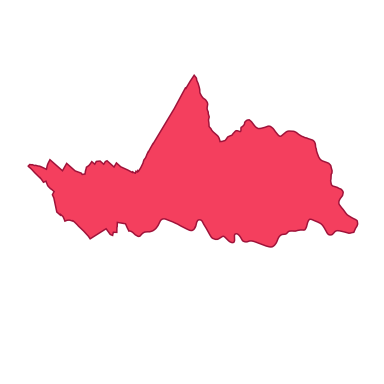 Ouder-Amstel, Noord-Holland, Netherlands, rotated 245°
{"feature_id": "6326949B48835479136340", "entity_name": "Ouder-Amstel", "entity_type": "district", "adm_level": 2, "iso_a3": "NLD", "parent_name": "Netherlands", "parent_adm1": "Noord-Holland", "projection": "robinson", "projection_center": [4.919, 52.295], "detail": "fine", "context": "isolated", "style": "filled", "palette": "rose", "viewbox_px": 384, "rotation_deg": 245, "n_neighbors": 0, "source": "geoboundaries", "source_scale": "gbopen_adm2", "svg_char_len": 6010}
<svg xmlns="http://www.w3.org/2000/svg" viewBox="0 0 384 384"><g transform="rotate(245 192 192)"><path d="M87.1,321.6L90.0,324.9L91.0,326.5L91.4,327.1L92.4,328.1L93.0,328.6L93.5,328.8L95.4,329.4L96.3,329.5L97.9,328.6L99.7,327.1L101.3,325.9L104.6,323.7L105.8,323.0L107.6,322.5L112.2,321.6L114.7,320.9L118.1,320.2L119.2,320.2L119.9,320.4L120.9,320.9L121.5,321.3L122.2,322.0L123.4,323.6L125.1,326.8L125.5,327.2L127.5,328.7L128.0,328.9L128.7,329.0L129.6,328.9L131.1,328.5L131.8,328.1L133.2,326.7L134.7,325.7L136.7,323.5L137.9,322.1L138.7,321.7L139.4,321.5L139.9,321.5L141.0,321.7L143.6,322.4L145.2,323.5L149.0,325.5L149.4,325.8L149.8,326.5L150.0,326.8L151.8,327.8L152.3,328.0L154.8,328.4L157.2,328.9L158.0,328.8L159.8,328.2L160.3,328.0L161.7,326.7L165.2,323.2L166.2,322.6L167.1,322.1L168.5,321.8L170.2,321.6L174.2,321.9L176.6,322.2L178.4,322.8L180.4,323.0L182.9,323.9L183.7,324.1L185.4,324.2L186.7,323.9L187.8,323.4L188.4,322.9L191.4,319.7L192.5,318.8L193.0,318.0L193.7,317.2L195.3,315.9L195.7,315.4L196.0,315.1L196.9,314.5L199.0,313.1L201.7,311.8L203.4,310.5L204.1,309.7L206.1,306.0L206.5,305.0L206.7,303.9L206.6,302.5L205.1,296.8L205.1,295.8L205.4,295.2L206.2,294.6L207.4,294.1L211.3,293.1L214.1,292.6L215.3,292.3L216.6,291.7L218.1,290.9L218.8,290.2L219.3,289.3L219.5,288.8L219.8,285.4L220.5,281.5L221.1,279.8L221.5,278.9L221.8,278.6L223.2,277.6L224.4,277.0L226.0,276.6L230.6,275.6L233.2,274.4L233.3,274.2L233.8,272.6L233.8,271.6L233.1,269.6L232.7,269.1L231.6,268.4L231.3,268.1L231.0,267.8L230.1,265.7L229.9,264.8L229.9,264.1L229.8,263.8L228.9,263.2L227.3,262.5L226.8,262.1L226.4,261.6L226.4,261.2L226.5,261.0L228.0,259.4L228.4,258.9L228.8,258.1L228.9,257.6L228.8,257.0L227.9,254.8L227.6,254.0L226.7,252.4L226.6,251.7L226.8,250.5L226.8,247.8L226.5,247.1L225.8,246.0L225.2,244.9L224.9,244.3L224.7,243.6L224.7,243.3L224.9,242.4L225.1,240.8L225.4,239.9L225.9,238.7L226.5,238.9L228.5,239.2L229.7,239.3L231.2,239.2L232.3,238.9L237.3,236.7L238.1,236.4L239.5,236.0L241.5,235.9L243.4,235.3L244.0,235.2L244.3,235.2L245.4,235.7L247.5,236.5L249.2,237.0L250.3,237.4L251.0,237.9L252.6,239.2L253.1,239.4L256.0,239.8L257.6,240.5L259.9,240.6L261.1,240.9L262.1,241.4L264.9,243.3L266.0,243.6L266.8,243.7L267.8,243.6L269.5,243.3L270.3,243.0L272.0,242.0L273.0,241.6L275.1,241.2L277.1,241.1L278.2,241.1L279.0,241.2L281.6,242.3L283.8,242.8L287.7,243.4L291.3,243.5L293.2,244.1L294.1,244.0L296.9,243.3L293.3,237.4L288.5,230.3L289.1,230.0L275.1,211.2L252.1,177.1L252.3,177.0L249.5,173.1L246.7,169.3L246.9,169.2L244.9,166.8L243.8,165.7L242.6,164.3L241.4,162.0L240.8,161.4L238.8,159.7L235.9,156.1L235.3,155.3L233.4,152.2L234.3,151.9L233.3,150.9L234.5,150.0L233.0,148.7L233.7,147.8L235.4,146.7L234.9,146.2L238.8,143.3L244.9,138.1L250.3,135.8L247.6,131.9L256.2,128.2L256.2,126.5L256.0,126.0L254.7,124.1L254.5,123.7L258.9,121.8L260.1,118.4L260.1,118.1L258.3,115.6L261.9,114.0L260.5,111.7L259.8,110.3L259.5,109.2L259.3,108.3L259.1,106.8L258.0,106.0L255.7,104.0L255.3,103.9L255.0,103.7L254.4,103.2L253.9,102.7L253.5,102.5L254.0,101.0L254.3,99.9L255.0,99.8L255.9,99.6L258.1,97.4L260.5,95.0L270.9,90.5L266.0,83.6L281.3,76.9L278.9,73.8L278.0,72.8L276.9,71.8L274.1,69.7L278.9,65.7L279.1,65.3L279.7,65.0L280.2,64.1L281.0,63.0L282.0,61.9L282.3,61.5L282.5,60.6L283.2,59.8L283.9,59.2L284.2,58.8L284.4,58.6L284.5,58.0L285.5,56.6L285.4,56.3L285.1,55.6L284.7,54.5L283.7,54.8L282.9,55.1L282.8,55.3L279.9,56.4L276.0,57.6L272.3,59.0L268.6,60.4L268.7,60.5L267.0,60.9L263.6,61.5L263.5,64.2L259.2,63.9L258.2,64.0L256.9,64.4L255.6,64.9L254.8,65.1L254.2,65.6L253.7,65.9L250.7,67.2L248.5,64.3L245.1,64.3L231.0,61.0L226.7,62.9L227.2,63.4L224.3,64.7L221.9,64.7L219.3,64.5L219.2,66.5L219.1,67.0L218.7,68.2L218.2,69.2L217.6,69.9L216.9,70.7L216.1,71.5L216.3,71.9L214.2,72.9L211.0,74.1L209.0,74.7L202.4,77.3L195.7,79.4L192.6,79.9L195.0,98.6L190.6,99.5L188.6,99.8L187.8,100.2L186.2,101.7L187.3,102.5L188.4,103.4L188.7,103.7L187.2,106.8L191.5,108.9L191.7,109.0L192.1,109.5L196.0,111.5L193.6,115.0L191.3,118.3L187.3,118.2L183.3,118.3L183.3,118.6L182.3,120.0L180.5,121.2L177.2,122.5L174.8,124.2L174.3,124.8L174.1,125.5L174.0,125.9L174.1,126.4L175.1,128.7L175.5,130.1L175.7,131.9L175.3,133.3L174.6,135.2L173.9,136.6L173.6,138.1L173.4,140.0L173.7,142.0L174.2,143.8L175.2,145.7L176.1,147.2L179.0,150.8L179.6,151.7L180.0,153.5L179.7,154.8L179.3,155.7L178.5,156.7L173.2,161.8L170.4,164.1L169.1,165.3L166.2,167.3L160.6,171.7L158.5,173.5L157.9,174.2L157.4,175.1L157.1,175.8L157.1,176.4L157.2,177.4L157.6,178.5L158.8,179.9L158.6,180.0L159.5,181.0L162.5,183.4L163.4,184.5L163.7,185.0L163.9,185.5L163.9,186.4L163.6,187.1L163.3,187.7L162.5,188.4L161.2,188.9L157.9,189.0L152.6,189.6L145.6,190.1L143.2,190.4L142.3,190.6L141.2,191.2L139.2,193.2L138.7,194.3L138.4,195.0L138.3,196.0L138.5,198.0L138.8,200.3L138.8,200.9L138.7,201.6L138.4,202.0L137.7,202.5L136.8,202.9L132.4,204.5L131.0,205.2L129.7,206.3L129.3,206.8L128.9,207.5L128.8,208.0L128.8,208.7L129.0,209.1L129.5,209.6L130.3,210.2L134.5,212.0L135.2,212.5L135.6,213.2L135.6,213.7L135.6,214.0L135.5,214.5L135.1,215.0L134.5,215.6L133.7,216.0L132.8,216.4L131.1,216.8L126.7,217.2L126.2,217.4L125.7,217.7L124.7,218.7L124.2,219.4L123.9,220.0L123.6,220.8L123.5,221.3L123.3,223.4L122.7,224.9L122.2,225.7L121.4,226.8L120.0,228.3L111.7,236.4L109.8,238.7L109.2,239.6L108.8,240.3L108.5,241.4L108.4,241.9L108.6,243.1L108.9,244.3L109.4,245.3L110.3,246.9L111.4,248.2L113.5,250.4L114.8,252.3L115.3,253.8L115.5,255.3L115.1,256.7L114.6,258.1L114.3,259.2L114.4,260.2L115.1,261.9L115.3,262.7L115.4,263.5L115.3,263.9L114.7,265.6L113.0,268.9L112.8,269.5L112.5,271.6L111.7,274.4L110.2,277.4L110.1,278.0L110.1,278.4L110.5,279.1L111.3,280.2L112.0,281.0L115.5,283.9L116.9,285.5L117.5,286.9L117.5,287.2L117.2,287.9L116.4,289.0L114.0,291.1L111.5,293.4L109.2,295.2L107.7,295.9L106.4,296.3L103.9,296.7L100.0,297.0L98.3,297.1L96.9,297.3L95.7,297.8L94.9,298.7L94.4,299.7L94.2,301.1L94.8,302.8L95.7,304.8L95.8,306.6L95.4,307.7L94.4,309.4L91.5,313.1L89.7,315.2L88.4,316.7L87.9,318.0L87.6,319.7L87.1,321.6Z" fill="#f43f5e" stroke="#9f1239" stroke-width="1.5"/></g></svg>